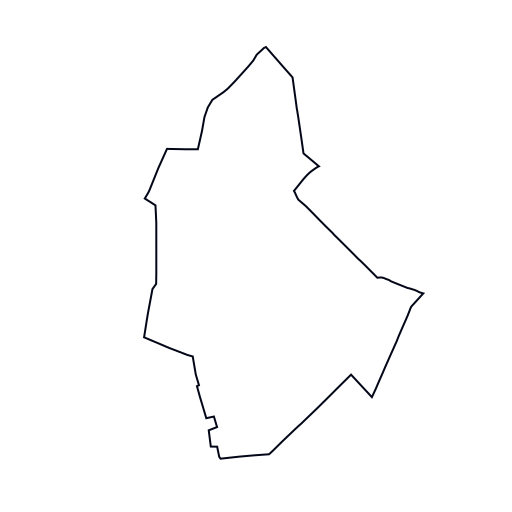 Moravita, Timis, Romania (Natural Earth projection), rotated 65°
{"feature_id": "2599482B52321856029922", "entity_name": "Moravita", "entity_type": "district", "adm_level": 2, "iso_a3": "ROU", "parent_name": "Romania", "parent_adm1": "Timis", "projection": "natural_earth1", "projection_center": [21.281, 45.278], "detail": "fine", "context": "isolated", "style": "outline", "palette": "ink", "viewbox_px": 512, "rotation_deg": 65, "n_neighbors": 0, "source": "geoboundaries", "source_scale": "gbopen_adm2", "svg_char_len": 1870}
<svg xmlns="http://www.w3.org/2000/svg" viewBox="0 0 512 512"><g transform="rotate(65 256 256)"><path d="M432.9,210.6L427.1,203.7L423.6,199.8L421.4,197.3L419.1,194.7L415.7,190.8L411.3,185.9L408.6,182.8L402.9,176.3L397.9,170.5L395.7,168.0L392.7,164.5L388.7,160.3L384.8,155.9L380.3,150.8L376.2,146.1L375.6,145.5L374.8,144.5L369.6,139.0L369.4,138.9L367.5,136.7L366.7,134.8L364.4,129.3L362.3,124.3L360.6,120.2L359.5,121.5L358.4,122.7L357.2,123.8L355.8,124.8L354.6,125.9L353.5,126.9L352.7,127.9L351.7,128.9L349.9,131.0L349.1,132.1L346.1,134.9L340.9,139.8L336.7,143.7L335.8,144.5L334.1,145.5L331.8,147.8L329.7,149.7L328.7,151.1L328.0,152.3L327.0,155.2L318.6,158.2L310.3,161.2L304.2,163.5L302.4,164.3L300.0,165.2L295.2,166.9L279.6,172.6L269.1,176.5L268.0,176.7L259.0,180.1L250.1,183.3L245.2,185.0L237.8,187.6L231.7,189.8L223.2,193.7L222.8,193.8L222.1,193.9L219.3,194.0L218.2,194.0L215.0,193.9L214.3,194.0L213.1,194.1L206.4,180.6L204.6,176.4L203.4,173.1L202.7,170.6L202.1,167.6L201.7,165.4L201.3,162.7L201.3,161.1L183.1,169.6L169.0,165.3L148.9,159.3L141.2,157.1L139.9,156.8L127.7,153.0L109.6,147.4L98.1,150.8L70.8,158.7L70.8,160.7L73.8,170.2L77.6,175.7L81.0,182.9L88.8,201.4L92.4,210.9L93.8,216.3L94.8,222.3L96.0,229.5L100.9,236.8L108.3,244.0L120.0,252.2L134.7,263.6L130.0,273.7L121.3,291.4L135.1,307.4L151.3,324.7L153.1,326.9L156.9,332.5L167.6,325.7L183.7,332.3L229.2,353.5L239.1,358.3L242.2,363.8L263.3,378.9L282.4,391.8L302.8,373.4L316.7,360.0L320.3,355.8L338.1,360.7L349.0,362.3L349.0,364.5L359.6,366.3L382.0,369.6L383.7,362.0L394.6,363.6L394.0,372.5L409.6,377.5L412.4,371.8L422.4,374.2L424.7,373.8L430.9,355.6L433.7,347.9L436.0,341.6L438.7,334.5L441.2,328.0L439.7,323.3L437.7,317.7L435.1,310.4L432.7,303.3L429.7,294.4L428.1,289.5L427.2,286.4L424.4,278.2L419.4,263.6L414.6,250.2L410.7,239.5L403.7,220.0L432.9,210.6Z" fill="none" stroke="#020617" stroke-width="2"/></g></svg>